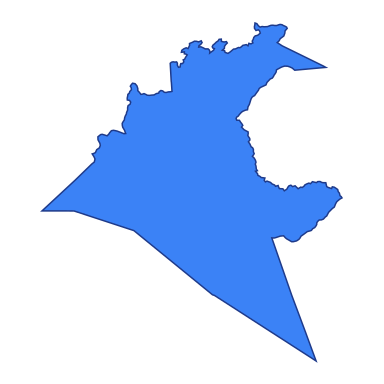 outline of Fortaleza dos Nogueiras, Maranhão, Brazil
{"feature_id": "56859067B30918863230331", "entity_name": "Fortaleza dos Nogueiras", "entity_type": "district", "adm_level": 2, "iso_a3": "BRA", "parent_name": "Brazil", "parent_adm1": "Maranhão", "projection": "albers", "projection_center": [-46.038, -6.962], "detail": "fine", "context": "isolated", "style": "filled", "palette": "blue", "viewbox_px": 384, "rotation_deg": 0, "n_neighbors": 0, "source": "geoboundaries", "source_scale": "gbopen_adm2", "svg_char_len": 4466}
<svg xmlns="http://www.w3.org/2000/svg" viewBox="0 0 384 384"><path d="M316.1,361.0L307.2,336.8L305.6,332.4L304.3,328.9L291.7,295.2L271.8,237.9L274.2,238.0L275.8,237.6L280.3,236.1L283.6,235.8L285.5,237.9L286.9,239.0L288.4,239.8L291.6,241.7L293.3,241.7L296.6,240.9L298.9,239.4L300.1,237.9L301.0,236.2L304.4,233.8L307.3,231.6L310.0,230.9L311.4,230.4L312.7,228.7L314.7,227.6L315.8,226.2L316.7,224.6L316.8,222.7L317.8,221.3L319.2,220.0L321.4,219.9L323.4,219.1L325.4,216.9L326.7,216.0L328.6,212.3L331.2,209.7L332.5,208.4L334.3,207.1L335.6,203.8L336.8,201.7L338.4,200.3L339.9,199.1L342.0,197.9L341.2,196.6L340.0,195.7L339.4,193.1L338.2,191.6L337.7,189.5L336.0,188.3L334.3,187.2L332.3,186.8L331.6,188.5L329.9,188.0L328.1,187.4L326.7,186.6L325.8,182.7L323.5,182.7L322.0,182.5L320.0,181.5L317.7,181.6L316.5,182.6L314.5,182.2L312.4,181.7L310.5,183.7L308.9,183.1L306.8,183.9L304.9,184.9L304.0,186.2L302.2,187.5L300.8,187.1L298.1,188.7L295.1,185.8L292.6,186.6L290.9,185.2L289.0,185.8L288.0,187.0L286.8,189.2L284.3,190.8L282.9,188.8L279.4,188.6L278.6,187.0L278.1,185.5L275.5,186.3L274.6,185.0L272.2,184.0L270.5,182.4L268.8,181.8L267.0,181.1L265.4,181.9L264.2,180.4L264.9,178.0L261.2,177.5L259.7,176.2L257.9,175.4L257.6,173.8L255.5,171.2L257.4,170.7L256.3,169.0L256.0,166.1L255.3,164.1L256.0,162.2L255.4,160.2L254.2,158.1L252.4,156.3L253.4,155.0L254.2,153.7L253.4,151.8L253.4,149.3L252.5,147.6L251.2,146.9L249.9,144.0L248.4,141.8L249.9,140.0L249.7,138.4L248.5,136.7L247.8,135.3L248.2,133.8L248.1,131.9L246.6,131.1L244.0,129.7L242.7,128.3L241.5,127.1L242.8,125.4L241.8,123.7L240.6,122.2L239.4,120.3L236.7,120.2L236.1,118.5L236.7,117.1L238.4,116.0L239.2,114.7L241.5,112.2L243.0,111.2L245.6,110.1L247.5,109.8L248.0,106.8L249.3,104.5L250.1,102.0L250.9,99.4L251.9,97.4L253.2,96.3L254.6,95.6L256.4,93.0L258.4,90.3L259.2,88.5L260.8,87.3L266.0,84.9L266.9,82.5L270.2,79.0L272.3,78.1L273.4,76.6L274.1,75.1L275.1,73.8L276.1,72.1L276.5,69.8L281.1,67.3L282.6,66.7L284.6,66.1L287.6,66.2L290.0,67.0L292.3,68.1L294.7,70.2L325.8,67.4L323.5,66.1L306.0,57.5L282.3,45.9L277.2,42.6L279.2,40.7L280.2,38.7L281.7,37.6L283.8,36.0L284.8,33.3L285.1,30.8L286.1,29.7L287.2,28.4L286.6,27.1L285.0,26.2L283.3,25.5L282.0,24.7L280.0,24.4L278.4,24.9L276.7,25.5L274.8,25.5L272.9,25.2L271.0,25.3L269.3,25.9L267.5,26.6L265.6,26.7L264.2,26.8L262.1,26.5L260.1,27.1L258.4,25.8L256.9,23.7L255.0,23.0L254.8,24.9L254.4,26.6L254.5,28.4L256.0,30.5L258.4,29.8L259.5,30.8L260.3,33.1L258.8,34.4L257.6,35.3L255.2,35.9L253.8,37.4L253.2,39.4L252.2,41.1L252.9,42.9L250.9,43.9L248.9,43.3L248.0,45.8L246.3,44.6L244.6,45.0L242.9,45.3L241.3,46.8L239.9,47.7L238.4,47.5L235.5,48.9L233.5,49.1L232.1,50.3L230.2,51.9L228.0,53.4L225.1,52.4L224.6,50.7L222.3,50.2L224.4,48.4L224.5,46.4L225.7,44.6L227.3,43.0L226.4,41.6L224.0,42.0L221.4,41.4L221.3,39.1L219.1,39.3L218.1,40.9L216.3,42.1L214.8,43.6L212.9,45.2L212.2,46.8L212.9,48.1L214.4,48.6L213.5,50.3L211.4,51.8L209.7,53.1L209.9,51.6L209.4,50.1L208.1,48.9L205.2,48.9L203.2,47.8L200.9,46.8L198.7,47.1L199.0,45.6L200.6,44.6L202.1,42.6L201.2,40.8L198.6,41.9L196.6,41.3L194.4,41.2L192.4,42.3L189.5,43.5L189.6,45.4L188.0,48.6L186.2,47.8L183.8,48.8L181.8,50.3L181.4,52.3L184.4,51.9L184.3,53.8L185.9,54.1L187.2,54.9L186.3,56.2L185.4,57.6L184.6,59.3L183.2,59.8L183.8,61.9L182.6,63.5L180.8,63.6L180.3,65.1L180.2,66.9L178.5,67.3L177.4,65.3L177.4,63.2L176.6,61.9L174.9,62.1L173.1,61.8L171.5,62.2L170.2,63.3L171.2,81.1L171.4,82.6L172.0,91.4L170.2,91.8L168.3,91.9L166.1,92.5L164.3,92.3L162.7,90.9L160.9,90.5L159.2,91.7L158.7,93.1L156.3,93.6L154.1,94.9L151.6,95.1L149.3,95.4L147.2,95.2L145.8,94.4L144.0,93.6L142.6,94.1L140.9,94.4L139.9,93.0L138.9,91.8L137.8,90.7L137.8,88.5L136.9,85.8L135.1,83.7L132.6,83.2L131.4,84.5L130.3,86.2L131.2,87.6L131.4,89.7L129.8,91.5L129.2,93.3L127.9,94.3L127.7,95.8L127.2,98.1L127.3,100.0L129.5,100.4L130.7,102.1L130.1,104.2L128.1,105.6L127.6,107.6L127.6,110.1L126.6,112.4L126.3,114.2L125.5,115.5L124.7,117.5L124.3,120.0L123.1,121.7L122.2,123.4L122.3,125.4L122.7,127.2L123.7,128.9L124.6,130.4L125.1,132.0L125.7,133.5L124.0,133.7L117.2,131.1L115.1,130.6L113.4,130.3L111.4,130.7L109.6,132.8L108.8,134.1L107.1,135.8L104.6,135.0L102.2,134.3L100.6,134.6L97.9,136.8L98.0,139.8L99.9,143.3L100.3,145.4L99.4,147.8L96.7,149.7L95.4,152.6L93.8,153.4L92.2,153.9L93.9,156.6L95.0,159.0L94.3,162.0L91.8,164.0L74.9,180.4L72.4,182.7L42.0,210.9L65.0,210.9L74.1,211.0L133.9,230.6L212.5,294.8L214.4,295.4L266.5,329.0L292.4,345.7L316.1,361.0Z" fill="#3b82f6" stroke="#1e3a8a" stroke-width="1.5"/></svg>